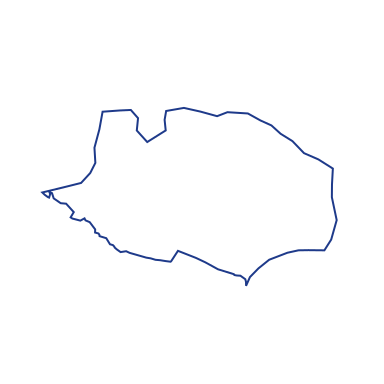 the district of Lythrodontas, Nicosia, Cyprus, rotated 69°
{"feature_id": "46923920B22593785747920", "entity_name": "Lythrodontas", "entity_type": "district", "adm_level": 2, "iso_a3": "CYP", "parent_name": "Cyprus", "parent_adm1": "Nicosia", "projection": "equal_earth", "projection_center": [33.288, 34.939], "detail": "fine", "context": "isolated", "style": "outline", "palette": "blue", "viewbox_px": 384, "rotation_deg": 69, "n_neighbors": 0, "source": "geoboundaries", "source_scale": "gbopen_adm2", "svg_char_len": 1266}
<svg xmlns="http://www.w3.org/2000/svg" viewBox="0 0 384 384"><g transform="rotate(69 192 192)"><path d="M270.1,67.0L247.0,63.3L235.1,58.6L220.6,52.1L206.9,62.3L195.9,73.5L180.5,80.0L169.4,88.4L158.3,94.0L149.8,102.4L138.7,111.7L130.2,130.3L130.2,141.4L119.9,155.4L110.6,169.4L107.1,187.1L114.8,191.7L125.1,194.5L129.3,215.9L114.8,221.5L103.7,215.9L93.5,219.7L90.1,229.9L85.0,246.7L100.3,256.0L115.7,267.2L130.2,271.8L137.8,280.2L143.8,292.3L142.1,306.3L138.8,331.9L141.8,330.5L145.2,328.3L146.0,327.4L143.0,325.1L140.9,325.2L142.9,323.1L148.4,323.4L155.4,318.6L157.8,313.7L168.4,309.6L172.2,314.4L173.9,313.2L178.7,306.5L178.1,301.8L180.3,301.6L183.5,298.3L192.2,295.8L195.1,297.0L197.2,294.2L198.6,293.8L200.1,294.1L204.4,288.6L211.4,287.3L213.2,284.9L215.1,284.1L216.1,284.1L218.6,282.8L222.5,280.2L223.7,274.7L226.5,272.0L234.7,261.1L236.9,258.2L239.1,254.4L242.2,250.4L244.3,246.1L246.0,243.2L247.2,241.1L249.4,237.0L249.2,236.3L241.9,226.2L249.3,218.1L254.7,212.2L255.7,211.2L262.4,204.8L273.5,195.4L283.7,182.4L284.7,182.2L286.0,180.1L287.5,176.8L292.5,173.5L295.3,173.8L298.6,175.0L299.0,175.2L292.2,168.4L287.1,157.3L282.9,144.2L282.9,124.7L284.6,113.5L288.0,104.2L293.9,89.3L286.3,79.1L270.1,67.0Z" fill="none" stroke="#1e3a8a" stroke-width="2"/></g></svg>